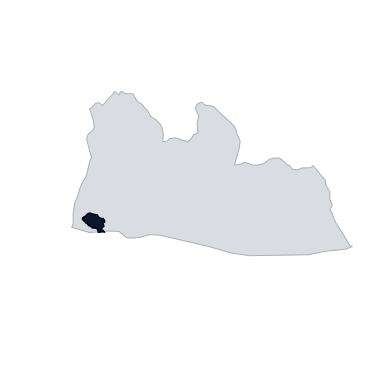 location of Garwula, Grand Cape Mount, Liberia, rotated 331°
{"feature_id": "62588387B58887581868104", "entity_name": "Garwula", "entity_type": "district", "adm_level": 2, "iso_a3": "LBR", "parent_name": "Liberia", "parent_adm1": "Grand Cape Mount", "projection": "mercator", "projection_center": [-11.139, 6.773], "detail": "fine", "context": "in_parent", "style": "filled", "palette": "ink", "viewbox_px": 384, "rotation_deg": 331, "n_neighbors": 0, "source": "geoboundaries", "source_scale": "gbopen_adm2", "svg_char_len": 4373}
<svg xmlns="http://www.w3.org/2000/svg" viewBox="0 0 384 384"><g transform="rotate(331 192 192)"><path d="M69.7,164.6L72.9,161.9L77.5,153.3L84.0,145.0L90.1,140.1L94.9,135.1L99.9,131.2L107.2,126.7L118.3,114.8L120.9,113.4L122.7,105.2L125.5,94.6L128.7,91.4L136.3,89.4L138.1,87.6L140.8,80.2L142.5,71.6L142.6,69.7L145.6,69.5L150.7,67.7L153.7,68.5L155.0,71.0L155.7,73.1L171.1,67.7L172.5,66.6L173.3,66.8L175.2,71.6L176.3,71.3L177.3,69.9L178.3,69.8L179.5,70.4L180.7,72.7L182.7,74.7L186.0,76.2L188.2,78.1L187.9,83.3L188.7,88.3L190.2,89.5L191.0,92.5L191.4,95.8L192.2,97.5L192.7,100.9L192.4,104.4L193.0,106.9L195.5,111.3L197.0,116.7L197.0,120.6L196.2,124.6L194.5,128.4L191.6,132.4L191.4,134.0L193.1,135.1L195.7,135.3L197.9,134.4L203.3,136.3L206.2,139.0L208.7,142.3L211.0,143.9L212.0,146.0L215.9,145.4L220.4,143.4L221.3,142.5L222.7,143.0L225.6,143.2L227.6,139.6L229.2,135.4L232.7,131.0L234.5,129.2L234.9,126.3L235.1,122.6L236.4,119.4L239.3,117.7L242.4,117.7L244.1,118.3L244.9,121.5L247.4,123.8L249.6,125.5L250.7,126.1L252.5,128.0L254.2,134.3L260.9,154.5L260.5,160.1L259.2,163.8L259.2,167.3L258.7,170.9L254.6,176.6L242.6,188.5L243.5,189.5L246.4,190.8L249.3,191.5L251.8,191.2L254.8,194.1L258.0,197.8L261.4,199.8L266.4,201.5L270.7,201.7L274.4,201.0L279.6,201.7L285.2,204.8L287.1,209.9L288.5,214.3L290.4,216.5L290.6,220.4L294.6,223.7L300.2,224.4L307.5,228.3L309.3,228.1L310.1,227.6L311.0,228.4L312.8,239.7L314.3,245.8L313.5,248.2L312.5,250.1L312.5,259.3L309.2,264.5L308.6,270.3L307.7,272.2L304.2,273.9L304.2,278.3L303.2,283.6L302.9,289.3L303.8,304.2L304.0,315.3L305.6,317.4L298.8,316.5L278.6,308.0L263.1,303.2L211.1,275.4L196.7,264.3L180.1,247.7L143.0,214.2L134.6,208.9L123.9,206.2L117.4,203.4L112.7,200.3L108.9,191.0L99.7,185.5L82.6,177.7L69.7,164.6Z" fill="#d9dde1" stroke="#a8b0b8" stroke-width="1"/><path d="M90.5,181.8L91.4,182.2L92.7,182.7L93.0,182.8L93.4,183.0L94.5,183.5L95.2,183.9L95.5,184.2L95.6,184.3L95.9,184.6L96.1,184.2L95.9,183.8L95.8,183.6L95.7,183.2L95.7,182.9L95.4,182.2L95.1,181.7L94.9,181.3L94.7,180.9L94.8,180.6L95.0,180.5L95.1,180.4L95.6,180.0L95.7,179.9L95.9,179.7L96.0,179.6L96.5,179.5L96.8,179.5L97.2,179.5L97.4,179.3L97.5,179.3L97.8,179.3L98.0,179.3L98.3,179.2L98.3,178.9L98.4,178.7L98.5,178.6L98.7,178.3L98.7,178.1L98.4,177.3L98.4,177.1L98.5,176.8L98.8,176.6L99.1,176.2L99.3,176.0L99.5,176.0L99.9,176.1L100.5,175.8L100.6,175.7L100.6,176.0L100.8,176.1L101.0,176.0L101.2,175.8L101.2,175.6L101.2,175.4L101.3,175.1L101.5,174.9L101.6,174.6L101.7,174.3L101.7,174.0L101.6,173.9L101.7,173.6L101.5,173.4L101.4,173.3L101.4,173.0L101.4,172.9L101.4,172.7L101.4,172.1L101.1,172.1L100.9,171.9L100.7,171.8L100.5,171.7L100.3,171.7L99.7,170.9L98.6,169.8L98.2,168.8L98.1,166.7L98.0,166.0L97.9,166.0L97.7,166.0L97.3,165.6L97.0,165.4L96.7,165.1L96.4,164.9L95.9,164.5L95.0,163.6L94.9,163.6L94.7,163.3L94.4,162.9L94.2,162.8L94.1,162.7L93.7,162.3L93.3,161.9L93.0,161.5L92.8,161.3L92.6,161.1L92.2,161.0L92.2,160.9L91.9,160.9L91.5,160.7L91.3,160.6L91.1,160.5L90.8,160.5L90.6,160.5L90.3,160.6L89.8,160.7L89.5,160.8L89.3,160.8L89.0,160.7L88.7,160.7L88.6,160.8L88.3,161.5L88.2,161.5L88.0,161.4L87.8,161.6L87.7,161.6L87.4,161.6L87.3,161.8L87.2,162.0L87.1,161.9L86.9,161.8L86.8,162.0L86.6,161.9L86.5,161.7L86.3,161.6L86.1,161.4L86.0,161.5L86.0,161.8L85.8,161.8L85.7,161.8L85.5,161.7L85.4,161.6L85.3,161.8L85.4,162.0L85.2,162.1L85.1,161.9L84.9,161.8L84.7,161.7L84.5,161.8L84.3,161.7L84.3,161.9L84.2,162.0L83.9,162.3L83.7,162.3L83.4,162.2L83.2,162.3L83.1,162.5L83.3,162.5L83.5,162.5L83.4,162.7L83.3,162.9L83.2,163.0L83.3,163.3L83.2,163.5L83.6,163.9L83.6,164.1L83.6,164.4L83.4,164.5L83.5,164.8L83.4,165.2L83.4,165.3L83.6,165.3L83.5,165.5L83.8,165.9L83.8,166.1L84.0,166.3L84.3,166.5L84.5,166.9L84.4,166.9L84.0,167.4L84.0,167.5L84.6,168.0L84.9,168.2L84.9,168.3L84.9,168.6L85.0,168.9L85.0,169.2L85.0,169.3L85.2,169.5L85.2,170.4L85.2,171.1L85.3,171.2L85.5,171.1L85.8,171.0L86.0,171.4L86.2,171.8L86.3,172.0L86.5,172.4L86.4,172.6L86.3,172.9L86.6,173.1L87.0,173.2L87.3,173.4L87.4,173.5L87.5,173.6L87.6,173.9L87.6,174.0L87.7,174.3L87.6,174.6L87.2,174.8L87.3,175.0L87.6,175.0L87.9,175.0L88.0,175.1L88.3,175.4L88.2,175.6L88.4,175.8L88.6,175.9L88.8,176.0L89.1,176.2L89.3,176.1L89.5,175.9L89.6,176.1L89.7,176.4L90.1,176.9L90.5,177.1L91.0,177.5L91.0,177.9L91.1,178.0L91.1,178.4L91.2,178.9L91.2,179.3L91.1,179.9L90.8,180.7L90.6,181.4L90.5,181.8Z" fill="#0f172a" stroke="#020617" stroke-width="1.5"/></g></svg>